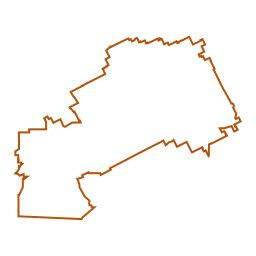 outline of Northam, Western Australia, Australia
{"feature_id": "25037944B49536287471778", "entity_name": "Northam", "entity_type": "district", "adm_level": 2, "iso_a3": "AUS", "parent_name": "Australia", "parent_adm1": "Western Australia", "projection": "orthographic", "projection_center": [116.616, -31.699], "detail": "fine", "context": "isolated", "style": "outline", "palette": "amber", "viewbox_px": 256, "rotation_deg": 0, "n_neighbors": 0, "source": "geoboundaries", "source_scale": "gbopen_adm2", "svg_char_len": 4703}
<svg xmlns="http://www.w3.org/2000/svg" viewBox="0 0 256 256"><path d="M202.4,39.1L200.5,40.0L200.8,40.7L196.1,43.0L193.0,44.5L192.2,43.0L189.3,37.0L189.2,36.9L187.3,37.8L181.9,40.6L181.8,40.3L179.9,41.3L178.4,42.0L178.7,42.6L177.4,43.2L176.5,41.3L173.3,43.0L168.9,45.1L167.9,43.1L167.7,42.6L165.6,43.6L164.2,44.3L163.7,43.0L163.5,42.8L163.5,42.6L161.6,38.8L160.3,39.4L159.7,38.2L159.0,38.6L159.7,40.0L158.5,40.6L157.6,38.7L155.0,39.9L154.6,40.1L153.9,40.4L150.7,42.0L150.3,42.1L148.3,43.1L148.2,43.1L148.0,42.5L147.9,42.5L147.0,43.0L146.2,43.4L144.8,40.4L140.8,42.2L140.5,41.5L139.1,42.3L137.0,37.9L134.9,38.9L134.6,40.1L132.0,41.4L130.9,39.2L129.2,40.1L128.3,38.4L124.9,40.1L121.5,41.7L119.7,42.6L119.0,42.9L118.7,43.1L117.3,43.8L117.2,43.8L115.5,44.7L112.1,46.4L110.1,47.4L110.1,46.9L108.5,48.3L106.2,50.5L107.9,53.9L109.5,57.2L109.1,57.5L105.6,59.2L107.5,63.1L108.5,65.1L108.4,65.2L106.4,66.2L106.7,66.6L104.2,67.9L104.2,68.3L103.5,68.2L102.6,68.7L105.2,74.0L103.1,75.1L96.2,78.6L90.5,81.5L86.3,83.6L82.6,85.5L82.4,85.6L82.5,85.7L82.7,85.8L78.2,88.1L74.6,90.0L70.7,92.0L73.1,96.1L74.4,97.3L78.1,103.0L76.8,103.6L71.8,106.2L69.7,107.2L69.6,107.3L69.7,107.5L69.9,107.9L69.9,108.0L70.0,108.1L70.3,108.4L70.4,108.5L70.5,108.6L70.8,108.7L70.9,108.8L72.5,110.5L72.9,111.0L73.0,111.1L73.2,111.3L73.9,112.3L74.0,112.3L74.7,111.9L75.4,113.4L79.0,120.6L79.6,120.3L80.6,121.9L80.3,122.1L80.5,122.5L80.1,122.5L76.7,122.5L72.2,122.5L68.8,124.6L65.2,126.8L63.4,126.2L62.7,124.7L60.4,119.2L53.4,122.8L50.9,118.0L48.8,119.1L47.4,116.5L44.2,118.2L46.1,122.0L46.1,129.3L36.0,129.3L29.2,129.3L29.2,132.4L23.9,132.4L18.9,132.4L18.9,133.9L18.9,137.7L19.0,142.1L19.0,149.1L18.5,149.4L15.4,151.3L15.4,155.2L18.2,155.1L18.2,157.9L18.2,159.2L18.6,159.2L18.6,160.1L18.0,160.1L18.0,162.5L19.0,162.5L19.9,162.5L20.7,162.5L21.1,162.5L21.1,164.0L22.0,164.0L21.4,164.6L20.6,165.3L20.4,165.4L20.3,165.5L20.2,165.6L19.8,165.7L19.6,165.8L19.4,165.8L19.2,165.8L18.9,165.8L18.9,167.1L19.7,167.1L18.7,169.4L18.6,169.5L17.5,171.5L17.2,171.9L16.4,172.5L15.7,172.9L15.4,173.4L15.5,173.4L15.6,173.5L16.3,173.6L16.9,173.7L17.5,173.9L18.0,174.0L18.3,174.2L18.4,174.3L18.5,174.4L19.0,175.0L19.6,175.7L20.0,175.4L20.9,175.1L21.1,175.1L21.8,174.8L22.2,174.5L22.7,174.4L23.6,174.1L23.6,177.3L25.1,177.3L25.4,177.3L25.4,176.6L27.3,176.6L24.7,178.6L23.9,179.2L22.8,179.2L22.8,187.4L22.6,187.8L21.9,189.2L20.1,193.0L19.2,195.0L18.4,195.0L18.4,196.5L18.5,203.2L18.5,210.0L18.5,213.6L18.5,216.3L24.6,216.6L30.7,216.8L34.0,217.0L43.3,217.4L57.1,218.0L61.3,218.2L64.9,218.3L66.3,218.4L66.7,218.4L67.2,218.4L69.2,218.5L72.8,218.7L81.6,219.1L82.6,217.3L89.6,211.4L94.4,207.3L94.2,207.3L93.9,207.3L93.7,207.3L93.3,207.2L93.2,207.2L92.8,207.1L92.3,206.9L91.7,206.7L91.4,206.6L91.3,205.3L89.5,205.2L89.1,203.2L89.5,200.9L89.3,200.7L89.0,200.4L88.9,200.2L87.4,198.9L87.1,198.5L86.9,198.4L86.7,198.2L86.3,197.9L86.2,197.8L86.1,197.7L85.9,197.6L84.8,196.6L84.7,196.5L84.6,196.4L84.5,196.2L84.2,195.6L82.6,192.8L80.7,189.4L80.5,189.0L79.8,187.8L79.6,187.4L79.5,187.2L79.4,187.0L79.4,186.3L79.4,185.6L79.4,184.9L79.4,184.2L79.2,183.7L78.9,183.0L78.3,181.4L78.1,180.8L77.9,180.3L77.3,178.7L82.6,177.4L83.0,177.2L82.2,175.3L88.5,172.3L88.5,172.6L88.6,173.2L100.2,173.2L100.7,175.0L110.7,169.8L109.9,168.3L114.9,165.7L119.7,163.2L126.5,159.7L128.5,158.6L138.4,153.4L138.6,153.3L141.0,152.1L141.5,151.8L148.8,148.1L160.2,142.3L163.4,140.6L165.7,145.3L169.4,142.0L170.8,141.8L171.3,141.6L171.5,141.5L171.6,141.4L172.2,141.4L173.6,140.0L177.0,146.8L186.6,141.9L189.3,147.2L190.3,149.2L192.0,152.4L197.8,149.5L202.3,147.2L202.8,148.0L202.6,148.4L202.3,148.6L203.3,150.5L203.7,151.4L204.4,151.0L204.5,151.0L205.4,150.5L205.7,150.4L206.4,152.0L206.5,152.2L208.6,156.2L208.8,156.1L209.0,144.4L211.3,143.3L211.4,143.6L218.3,140.1L223.1,137.7L226.8,135.8L227.0,135.7L226.9,135.3L226.7,134.9L226.4,134.7L225.8,134.8L225.7,134.6L225.6,134.2L225.7,133.9L225.7,133.6L225.4,133.3L225.4,132.8L225.1,132.4L224.9,132.0L224.6,131.9L224.3,131.3L224.0,131.4L221.9,132.4L220.0,128.6L219.8,128.3L221.7,128.1L223.7,128.4L231.5,126.1L234.2,131.5L237.6,129.8L236.0,126.6L235.3,126.9L234.2,124.6L234.9,124.3L236.7,123.4L237.6,122.9L240.1,121.6L240.6,121.4L238.7,117.5L235.7,119.0L235.2,117.9L236.3,113.8L236.2,113.7L234.7,110.6L233.1,107.6L233.6,107.0L233.7,106.9L234.1,106.5L234.3,106.4L234.2,106.4L234.2,106.2L232.9,103.7L232.7,103.5L231.9,103.5L231.3,103.6L229.8,100.5L229.7,100.4L225.9,93.6L224.8,91.6L223.1,88.8L219.6,81.7L218.7,79.9L218.8,79.8L213.5,69.4L214.6,68.8L212.5,64.8L210.6,61.1L211.0,60.9L209.5,57.9L208.8,58.2L204.9,60.1L203.1,56.3L201.8,56.9L201.3,55.9L199.7,56.7L198.7,54.4L204.2,51.7L201.6,46.3L205.1,44.6L202.4,39.1Z" fill="none" stroke="#b45309" stroke-width="2"/></svg>